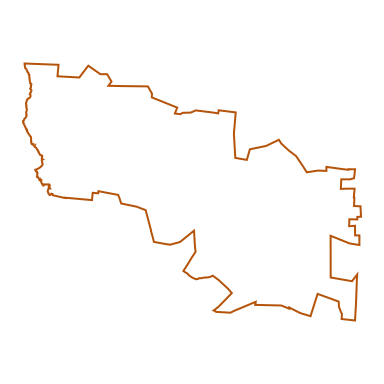 outline of Tenabo, Campeche, Mexico
{"feature_id": "50627088B50873486185333", "entity_name": "Tenabo", "entity_type": "district", "adm_level": 2, "iso_a3": "MEX", "parent_name": "Mexico", "parent_adm1": "Campeche", "projection": "mercator", "projection_center": [-90.397, 19.964], "detail": "fine", "context": "isolated", "style": "outline", "palette": "amber", "viewbox_px": 384, "rotation_deg": 0, "n_neighbors": 0, "source": "geoboundaries", "source_scale": "gbopen_adm2", "svg_char_len": 5434}
<svg xmlns="http://www.w3.org/2000/svg" viewBox="0 0 384 384"><path d="M24.6,63.5L24.6,64.0L24.9,64.3L24.9,64.6L24.6,65.4L24.7,65.6L25.0,66.0L25.0,66.6L25.3,66.7L25.2,66.7L25.1,67.0L25.3,67.5L25.2,67.9L25.4,68.1L25.5,68.4L26.3,69.0L26.4,69.6L26.5,69.8L26.8,70.0L27.1,70.6L27.3,71.4L27.3,71.7L27.4,71.9L27.6,72.1L27.8,72.2L28.0,72.6L28.3,72.7L28.5,73.0L28.6,73.5L28.6,73.8L28.6,74.0L28.9,74.2L29.0,74.5L29.0,74.9L29.1,75.1L29.4,75.3L29.3,75.5L29.3,76.1L29.3,77.0L29.3,77.4L29.5,77.5L29.6,77.9L29.6,78.9L29.5,79.2L29.7,79.4L29.8,80.3L29.7,80.6L29.7,81.0L30.3,82.7L30.2,83.3L30.4,83.5L30.9,83.6L31.2,83.8L31.2,84.0L31.4,84.4L31.3,84.9L31.1,85.4L30.8,85.9L31.0,86.5L30.9,87.7L30.2,88.4L30.1,88.6L31.3,90.0L31.5,90.7L31.1,91.7L30.6,92.4L30.6,92.7L30.3,92.9L30.4,93.2L30.3,93.5L29.9,94.0L29.8,94.4L30.3,94.6L30.5,95.0L30.5,96.4L30.3,97.0L29.7,97.8L28.9,98.3L28.3,98.4L28.1,98.8L27.2,99.5L26.9,99.8L26.8,101.1L26.5,101.7L26.1,102.4L26.0,103.2L26.2,103.8L26.1,104.5L26.3,104.9L26.4,105.3L26.2,105.4L26.2,105.6L26.4,106.3L26.2,106.5L26.5,108.1L26.5,108.3L26.8,108.6L26.8,109.0L26.9,109.9L26.7,110.6L26.4,111.4L26.2,112.0L26.3,112.4L26.2,113.8L26.5,114.2L26.4,114.4L26.5,114.7L26.4,115.1L26.3,115.4L26.5,115.6L26.5,116.2L26.0,116.9L25.8,117.4L25.2,118.2L24.6,118.5L24.4,118.8L24.1,119.7L23.7,120.6L23.1,120.9L23.0,122.1L23.5,122.6L23.7,122.9L23.5,123.3L23.8,124.1L24.1,124.5L24.4,125.1L24.6,125.5L24.7,125.8L25.1,126.5L25.4,127.3L25.8,127.9L25.8,128.3L26.3,128.9L26.2,129.4L26.6,129.7L26.9,129.6L27.1,130.0L27.2,130.5L26.9,130.8L26.9,131.0L27.2,131.6L27.8,132.4L28.1,132.7L28.2,133.3L28.3,133.5L28.6,133.7L28.7,134.1L29.1,134.5L29.7,135.4L29.8,135.8L30.1,136.0L30.4,136.4L30.7,136.5L30.8,136.7L31.0,137.7L31.1,138.1L31.1,138.6L31.0,139.9L31.1,140.6L31.1,140.8L31.2,141.0L31.3,141.1L31.3,141.4L31.2,141.6L31.0,141.9L31.0,142.0L31.4,142.2L31.5,142.8L31.4,143.4L31.6,143.8L31.7,144.0L32.2,144.3L32.8,144.1L33.2,144.1L33.0,144.6L33.2,144.9L33.4,145.2L33.7,145.2L34.1,145.5L34.3,145.8L34.5,145.7L34.4,145.9L34.4,146.4L34.7,146.7L34.7,146.9L35.4,147.3L35.7,147.2L35.6,147.3L35.8,147.4L35.9,147.6L36.3,148.1L36.4,148.3L36.6,148.4L36.9,149.2L37.0,149.3L37.1,149.6L38.0,150.3L38.2,150.6L38.1,151.5L38.3,151.8L38.6,151.9L38.8,152.4L38.8,152.6L39.2,153.2L39.2,153.4L40.2,155.0L40.5,155.1L41.2,155.2L41.6,155.4L41.9,155.5L42.3,156.0L42.1,156.2L41.9,156.5L42.0,157.0L41.9,157.4L42.0,157.9L41.8,158.3L41.9,158.8L42.4,159.1L41.8,159.2L41.8,159.6L41.9,160.0L41.7,160.5L41.8,160.7L42.0,160.8L42.1,161.2L42.3,161.3L42.3,161.9L42.1,162.5L42.2,163.1L42.3,163.5L42.5,163.8L42.7,164.2L42.5,164.5L42.4,164.9L42.1,165.6L41.4,166.1L40.6,167.0L39.3,168.0L38.9,168.1L36.7,169.4L36.3,169.5L36.1,169.5L35.7,169.7L35.4,169.6L35.2,169.7L35.3,170.1L35.5,170.4L35.7,170.8L36.0,171.1L36.4,171.9L36.7,172.1L37.1,172.0L37.4,172.7L37.3,172.9L37.5,173.1L37.4,173.7L37.2,174.0L37.3,174.3L37.3,175.4L36.9,176.1L37.2,176.7L37.2,177.2L37.4,177.3L37.6,177.3L37.9,177.0L38.1,177.2L38.6,178.3L38.9,178.6L39.6,178.8L39.9,178.7L40.0,179.0L40.4,179.3L39.9,179.3L39.8,179.2L39.5,179.3L39.4,179.4L39.4,180.0L39.6,180.1L40.2,180.6L40.6,180.8L41.0,181.1L41.3,182.2L41.6,182.7L41.7,183.3L42.2,183.8L42.4,184.1L42.4,184.3L42.4,184.6L42.8,184.9L43.1,184.9L43.2,185.2L43.3,185.6L43.5,185.6L43.9,185.3L44.1,184.8L43.8,184.7L43.7,184.5L43.6,184.4L44.0,184.3L44.6,184.6L45.1,184.4L45.5,184.5L47.6,184.4L48.0,184.5L48.4,184.3L48.6,184.3L49.4,184.6L49.3,185.4L49.5,185.5L49.3,185.7L49.2,185.8L48.9,186.1L48.7,186.6L48.9,186.7L49.3,187.0L49.6,187.2L49.5,187.4L49.2,187.4L49.2,187.6L49.3,187.7L49.1,187.7L49.2,188.0L49.5,188.4L48.8,188.3L48.6,188.6L48.4,188.7L48.3,189.1L48.2,189.6L47.7,191.1L47.7,191.5L48.0,192.1L48.4,192.4L48.3,193.2L49.5,194.9L49.9,195.1L50.1,195.0L50.4,194.8L51.0,194.0L51.4,193.7L51.6,193.7L52.3,194.0L52.5,194.0L52.5,194.3L52.4,194.6L52.7,195.2L63.9,197.8L65.3,198.0L65.2,197.7L92.0,200.1L92.7,192.8L98.2,193.3L98.4,191.2L118.1,194.9L119.2,197.4L121.2,203.5L136.7,206.7L145.7,210.2L148.0,219.0L151.1,230.7L151.0,231.0L152.7,237.0L153.9,241.9L165.4,244.0L170.1,244.7L180.0,242.0L194.0,230.7L195.0,247.2L195.6,251.6L194.1,254.1L192.1,257.0L188.5,263.0L183.4,271.0L185.7,272.6L186.5,272.9L188.4,274.5L188.7,275.2L192.6,277.8L196.2,279.3L198.2,278.9L199.1,278.2L201.8,278.2L202.0,278.0L204.6,277.5L205.7,277.6L206.2,277.4L207.4,277.5L210.1,276.9L212.8,275.7L218.6,280.0L227.9,288.6L231.8,293.1L218.6,306.7L213.7,310.5L214.9,310.9L214.9,311.0L216.1,311.9L230.5,312.7L233.8,311.0L255.7,301.8L255.2,304.9L281.3,305.5L289.2,308.7L289.2,307.5L300.3,313.1L310.5,316.2L317.6,293.9L338.7,301.6L339.0,307.0L341.1,312.3L342.0,314.0L341.6,319.0L355.0,320.5L356.0,303.8L356.9,279.1L357.2,274.5L352.0,281.2L330.7,277.5L330.6,235.8L349.8,243.5L359.4,245.0L359.4,235.4L355.1,235.4L355.0,225.8L349.2,226.2L349.3,219.3L357.3,219.4L357.3,216.9L361.0,216.7L360.5,206.3L354.0,206.0L354.4,197.7L353.8,197.5L354.6,188.7L346.0,188.7L340.8,188.9L341.3,179.3L350.2,179.3L354.0,178.2L355.1,169.3L348.5,169.2L348.4,169.8L343.2,169.2L326.4,166.9L326.4,170.9L317.8,170.6L306.8,172.3L302.8,166.0L296.1,156.1L288.9,150.6L281.4,143.7L278.9,139.8L266.2,145.9L249.9,149.3L246.8,159.9L235.3,157.9L233.9,133.9L235.7,112.4L218.7,110.3L218.2,113.4L213.4,112.6L195.7,110.4L190.8,112.6L182.6,112.8L180.4,114.2L174.9,113.5L177.2,107.6L151.8,97.4L152.0,93.7L147.9,86.4L123.4,86.1L108.4,85.8L111.5,81.6L107.1,74.2L100.4,74.2L88.3,65.7L79.3,77.5L57.5,76.3L58.5,64.8L24.6,63.5Z" fill="none" stroke="#b45309" stroke-width="2"/></svg>